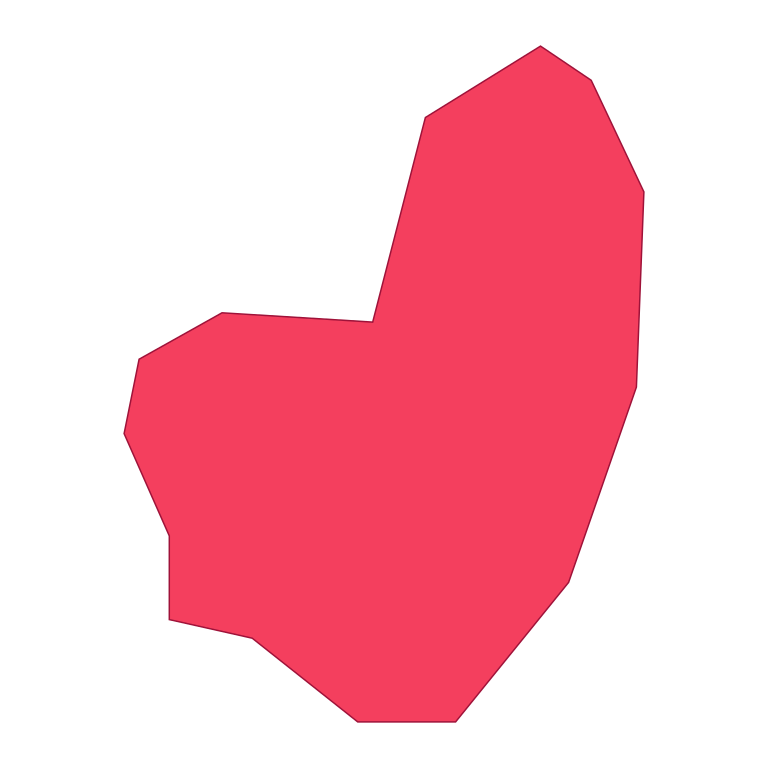 the border of Marsa
{"feature_id": "MLT-5957", "entity_name": "Marsa", "entity_type": "state/province", "adm_level": 1, "iso_a3": "MLT", "parent_name": "Malta", "parent_adm1": "", "projection": "albers", "projection_center": [14.49, 35.874], "detail": "fine", "context": "isolated", "style": "filled", "palette": "rose", "viewbox_px": 768, "rotation_deg": 0, "n_neighbors": 0, "source": "natural_earth", "source_scale": "10m", "svg_char_len": 322}
<svg xmlns="http://www.w3.org/2000/svg" viewBox="0 0 768 768"><path d="M124.1,433.6L139.1,359.2L222.0,312.8L372.7,322.1L425.4,117.5L540.5,46.1L591.2,80.3L643.9,191.9L636.4,387.1L568.6,582.4L455.6,721.9L357.7,721.9L252.2,638.2L169.3,619.6L169.3,535.9L124.1,433.6Z" fill="#f43f5e" stroke="#9f1239" stroke-width="1.5"/></svg>